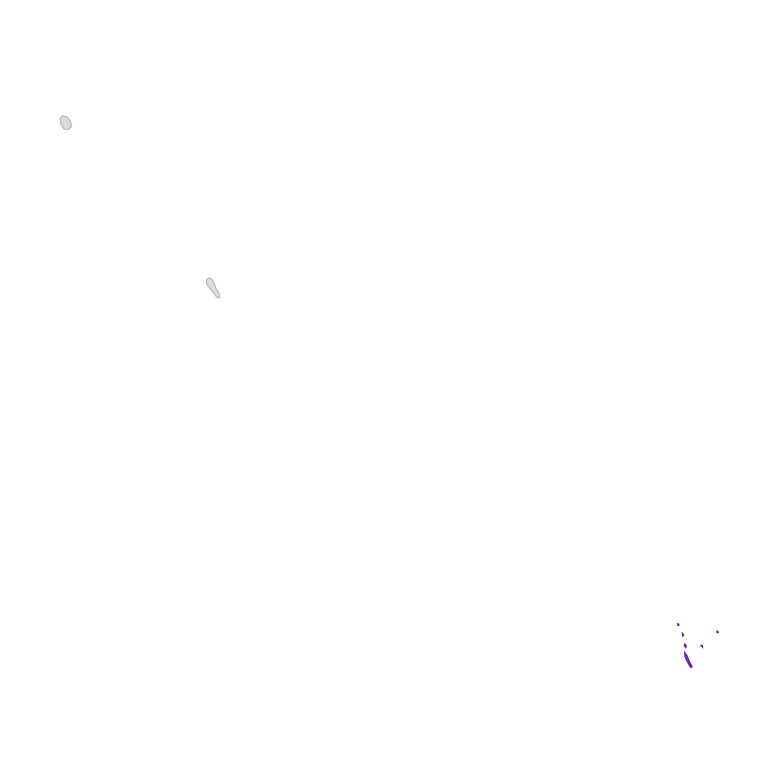 where Haa Dhaalu sits in Maldives, rotated 134°
{"feature_id": "MDV-5224", "entity_name": "Haa Dhaalu", "entity_type": "Atoll", "adm_level": 1, "iso_a3": "MDV", "parent_name": "Maldives", "parent_adm1": "", "projection": "equal_earth", "projection_center": [72.994, 6.597], "detail": "coarse", "context": "in_parent", "style": "filled", "palette": "violet", "viewbox_px": 768, "rotation_deg": 134, "n_neighbors": 0, "source": "natural_earth", "source_scale": "10m", "svg_char_len": 1082}
<svg xmlns="http://www.w3.org/2000/svg" viewBox="0 0 768 768"><g transform="rotate(134 384 384)"><path d="M434.9,582.0L431.9,584.2L429.1,583.3L428.1,580.5L429.5,576.4L431.9,571.2L433.5,565.5L435.9,562.4L437.7,563.5L437.5,566.7L436.7,571.0L436.1,576.7L434.9,582.0ZM418.3,801.4L414.6,801.9L412.2,797.9L412.8,792.0L415.7,787.9L420.2,787.7L422.8,791.3L421.5,797.0L418.3,801.4Z" fill="#d9dde1" stroke="#a8b0b8" stroke-width="1"/><path d="M373.3,-33.7L374.1,-33.9L374.4,-33.6L374.4,-33.0L374.5,-32.3L372.2,-25.0L370.8,-21.8L368.5,-19.3L369.2,-23.1L372.1,-29.5L373.3,-33.7ZM364.0,-15.8L363.6,-14.8L363.4,-14.0L363.0,-13.4L362.2,-13.1L362.4,-14.9L362.8,-15.5L364.0,-15.8ZM357.6,-5.9L356.3,-4.3L356.4,-5.7L356.7,-6.0L357.6,-5.9ZM353.3,4.9L353.0,5.2L352.6,6.0L352.2,5.7L352.4,4.6L352.7,4.5L353.0,4.7L353.3,4.9ZM351.9,-27.5L351.8,-26.8L351.9,-26.4L352.0,-26.0L351.6,-25.8L351.1,-26.7L351.3,-27.1L351.6,-27.2L351.9,-27.5ZM331.3,-28.5L331.0,-28.1L330.8,-27.6L330.6,-27.3L330.3,-27.6L330.4,-28.7L330.7,-28.8L331.0,-28.6L331.3,-28.5Z" fill="#8b5cf6" stroke="#5b21b6" stroke-width="1.5"/></g></svg>